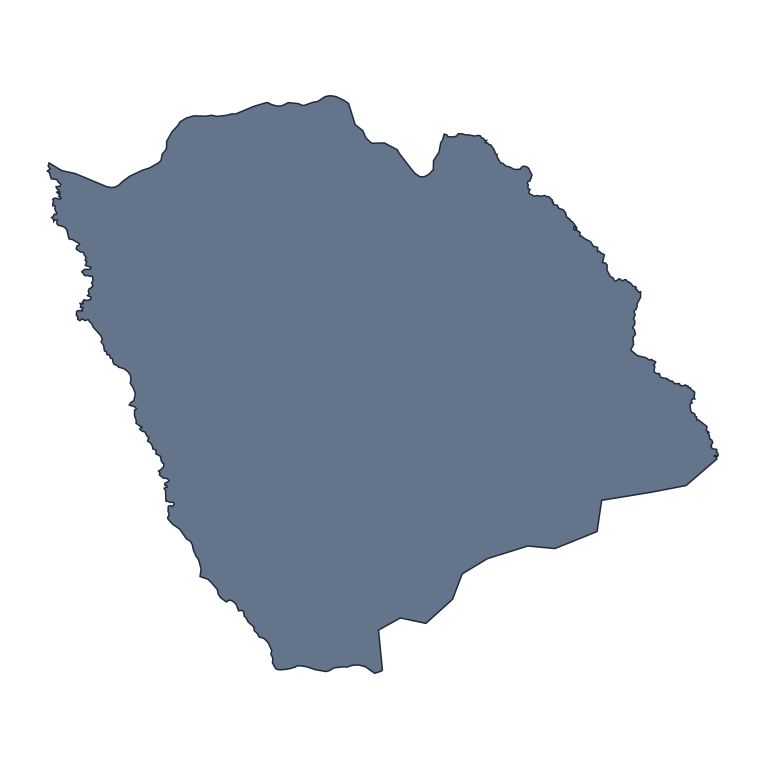 outline of Garu, Upper East, Ghana, rotated 89°
{"feature_id": "2480657B97498759939018", "entity_name": "Garu", "entity_type": "district", "adm_level": 2, "iso_a3": "GHA", "parent_name": "Ghana", "parent_adm1": "Upper East", "projection": "natural_earth1", "projection_center": [-0.247, 10.771], "detail": "fine", "context": "isolated", "style": "filled", "palette": "slate", "viewbox_px": 768, "rotation_deg": 89, "n_neighbors": 0, "source": "geoboundaries", "source_scale": "gbopen_adm2", "svg_char_len": 6114}
<svg xmlns="http://www.w3.org/2000/svg" viewBox="0 0 768 768"><g transform="rotate(89 384 384)"><path d="M634.7,513.3L636.4,508.4L640.6,504.3L648.7,500.9L652.3,501.8L656.3,499.9L660.9,500.4L666.5,497.4L667.6,495.7L668.0,491.4L667.1,483.7L665.5,477.6L664.4,476.2L664.3,472.3L665.3,466.5L668.4,457.7L670.5,447.0L669.9,444.3L666.9,438.6L666.0,428.6L666.5,426.5L664.6,419.9L664.5,414.2L666.4,407.5L673.1,398.4L671.0,391.7L669.8,390.6L630.0,393.8L618.2,371.8L624.1,346.3L600.4,319.2L575.2,309.1L560.4,283.6L548.5,243.0L551.5,215.9L535.2,173.5L504.1,168.4L496.7,117.6L490.8,83.7L464.9,52.6L463.2,52.9L461.8,55.0L461.2,54.1L462.2,51.7L460.7,51.1L458.9,51.6L458.1,52.8L456.2,52.2L455.1,52.8L454.6,56.3L453.2,58.0L452.2,57.5L451.1,58.1L448.3,56.3L445.9,57.2L444.5,59.2L440.3,59.8L438.4,61.3L437.9,60.0L435.9,62.6L432.2,61.8L425.1,70.6L425.3,72.0L422.4,72.1L421.4,73.5L419.6,73.8L418.5,74.9L418.2,76.7L415.7,77.9L409.6,78.4L408.0,76.1L406.5,77.2L404.5,76.1L404.3,73.4L402.9,74.1L397.6,73.5L394.3,77.5L393.0,77.8L393.0,79.8L391.4,80.0L391.0,82.1L390.1,82.6L390.9,84.2L390.8,87.7L388.8,88.6L388.7,93.5L386.2,95.5L385.9,98.5L384.6,99.2L384.5,100.9L383.5,100.9L382.5,106.3L381.6,107.5L378.3,108.5L378.6,110.2L377.3,113.0L375.3,113.8L371.0,112.9L369.8,114.1L367.5,112.1L366.4,112.1L365.1,115.3L364.1,115.7L364.6,118.6L362.3,121.6L360.0,130.3L354.2,136.8L348.9,133.8L341.9,134.3L338.7,131.7L334.5,132.6L332.0,134.4L328.7,132.3L325.2,132.1L323.6,133.4L318.9,131.6L316.5,132.7L314.7,132.3L313.8,130.7L310.4,129.4L308.7,129.7L301.9,126.0L296.2,125.8L296.5,128.0L294.1,129.4L293.2,130.9L291.8,130.2L290.9,131.1L290.7,133.3L287.9,135.3L286.0,137.8L286.0,138.9L284.0,140.1L283.9,141.4L285.0,143.8L282.8,147.0L285.3,150.5L284.9,151.8L282.2,152.8L280.4,155.8L274.2,159.0L269.2,158.8L267.1,160.2L266.4,163.4L258.6,161.4L257.0,164.6L255.1,166.3L255.2,168.1L251.1,168.0L250.0,172.2L245.3,175.0L242.2,180.8L239.1,184.6L239.3,185.8L235.8,185.3L233.8,188.6L232.7,188.4L232.2,189.2L233.4,190.3L232.8,191.5L230.2,191.5L230.1,190.7L231.1,189.7L230.9,188.7L225.3,192.5L223.9,194.8L222.7,195.1L220.2,198.5L215.7,199.6L212.9,201.8L211.4,206.2L208.3,207.6L207.9,210.3L206.3,212.1L205.3,211.5L204.3,212.8L203.2,212.3L199.5,216.1L199.6,217.9L198.3,220.0L199.0,223.5L198.3,228.1L198.8,230.7L196.2,235.3L194.4,235.9L192.3,234.6L190.2,236.9L187.5,236.2L185.5,237.3L184.3,236.7L183.4,234.4L177.7,232.4L170.9,235.6L169.3,237.4L168.7,240.0L168.9,241.8L171.7,244.4L171.7,250.1L169.3,254.3L168.3,258.3L165.6,261.1L164.8,263.7L158.7,267.1L156.1,267.0L155.8,268.6L152.2,269.5L146.9,273.0L146.4,274.9L144.8,276.2L144.6,278.4L142.2,277.1L142.3,279.2L140.2,280.1L139.7,282.0L137.7,283.2L137.0,285.1L137.7,289.0L136.3,295.5L136.5,297.8L135.2,301.3L135.1,305.4L137.5,307.3L138.2,311.2L137.8,315.9L135.9,317.0L135.2,319.5L140.9,321.1L143.9,323.1L153.2,325.0L161.5,330.6L170.6,331.0L174.8,335.2L176.5,338.0L177.6,340.6L177.3,344.5L174.1,349.2L170.5,352.2L153.6,364.8L150.1,366.5L143.0,379.3L143.1,391.9L141.0,394.5L137.1,398.1L130.5,400.6L124.2,408.3L102.9,414.5L99.9,418.7L95.8,426.9L95.0,431.1L94.9,433.9L95.7,438.0L100.3,445.3L101.3,450.8L104.1,459.0L103.8,461.4L102.2,464.5L101.0,474.7L104.1,481.4L104.3,485.8L102.7,491.4L100.7,495.1L100.7,497.0L104.2,509.6L111.4,527.6L111.3,531.9L112.5,536.2L113.5,546.1L112.3,551.9L113.1,557.3L112.6,569.6L114.7,577.2L118.3,583.3L122.2,585.8L127.9,591.4L137.7,597.1L144.3,597.3L146.6,598.4L150.2,601.8L156.0,602.9L158.5,604.8L164.0,614.9L166.0,621.8L171.8,634.6L177.1,642.1L180.3,645.3L182.5,649.6L182.8,653.3L181.8,658.0L168.2,689.0L165.0,702.5L157.1,715.0L160.1,716.0L163.1,714.1L165.2,716.9L166.9,714.8L173.0,713.2L173.9,707.4L176.4,706.3L178.7,703.6L180.7,704.5L180.9,708.4L182.6,708.0L185.5,705.0L187.3,704.7L185.9,707.3L186.6,707.8L189.4,704.8L190.7,706.0L192.1,703.8L193.0,703.8L193.5,704.6L192.3,709.8L193.5,712.0L195.9,711.2L197.9,712.1L200.1,712.0L199.6,710.8L200.8,709.4L202.9,710.2L207.9,708.2L208.9,709.1L208.4,710.6L211.4,712.4L211.6,713.4L214.1,711.4L215.6,711.4L214.2,710.1L214.6,707.7L217.1,708.4L219.2,707.7L221.2,701.5L222.9,699.5L224.7,698.4L233.4,696.4L234.2,692.9L238.6,685.9L239.6,686.2L240.9,688.9L243.9,689.3L246.7,685.1L246.9,683.2L247.8,681.8L249.8,681.5L252.0,679.6L255.1,680.7L256.5,679.0L260.2,680.6L262.1,675.0L264.1,675.7L264.2,681.6L266.5,684.2L270.5,681.2L270.4,677.4L271.3,676.6L270.8,674.9L271.7,673.5L276.1,673.3L277.6,674.6L280.7,673.4L282.7,675.0L283.6,677.1L285.8,678.1L288.7,677.3L290.5,679.0L291.9,675.4L294.5,676.0L295.2,680.2L294.4,683.1L295.2,682.1L296.5,684.0L298.5,683.4L298.1,686.5L299.8,685.8L302.3,686.1L302.3,683.9L303.5,683.7L304.5,685.0L305.7,684.5L305.2,688.5L306.2,690.1L309.9,690.4L312.3,688.8L313.9,689.2L315.4,687.0L313.5,684.7L315.4,681.7L314.4,678.7L314.8,678.1L316.4,677.6L318.4,675.2L321.9,673.9L330.5,666.5L334.5,664.8L336.9,666.2L340.5,663.7L346.1,662.9L347.0,660.9L349.9,660.4L350.0,658.1L353.3,657.1L354.0,655.0L356.9,654.8L359.6,653.6L361.1,650.1L362.5,649.1L364.1,643.9L366.6,640.4L370.6,637.5L374.4,636.9L378.9,637.7L383.5,634.8L389.3,632.8L396.3,634.4L398.2,637.6L400.6,639.1L402.6,633.4L404.4,631.9L405.8,633.9L411.3,634.0L415.9,632.4L418.9,632.6L422.6,627.8L422.5,626.8L423.2,626.8L424.2,628.7L425.2,628.9L426.7,627.1L427.8,623.9L432.4,621.6L433.3,620.0L436.9,621.5L438.6,618.9L441.6,616.8L445.0,616.2L446.0,613.3L449.0,612.9L449.8,613.4L452.4,608.7L456.9,608.1L459.1,606.8L459.9,605.4L462.8,605.8L465.6,608.4L467.1,611.0L468.9,609.5L471.0,610.2L474.3,606.2L474.8,602.5L476.5,600.9L477.6,601.1L479.2,604.5L480.3,605.1L481.6,604.7L482.2,602.7L483.3,602.6L484.4,605.7L486.9,604.3L496.7,604.1L497.6,603.9L497.4,602.7L498.7,599.4L498.5,597.0L500.2,595.8L502.7,597.6L502.0,599.2L502.2,601.3L502.8,601.9L507.7,602.1L510.7,601.0L514.0,602.7L515.3,602.3L520.6,597.8L525.5,590.8L535.3,584.3L537.7,580.6L541.0,578.6L546.9,577.4L553.0,574.9L556.3,572.5L565.7,570.1L573.3,571.3L576.1,563.5L579.4,560.2L586.5,554.3L591.3,553.4L594.8,551.1L599.1,545.5L597.2,541.7L599.1,538.2L601.9,535.6L608.3,533.3L607.8,530.4L609.0,528.4L613.9,527.7L614.9,526.3L619.6,523.9L624.4,518.6L628.5,518.0L630.9,515.3L634.7,513.3Z" fill="#64748b" stroke="#1e293b" stroke-width="1.5"/></g></svg>